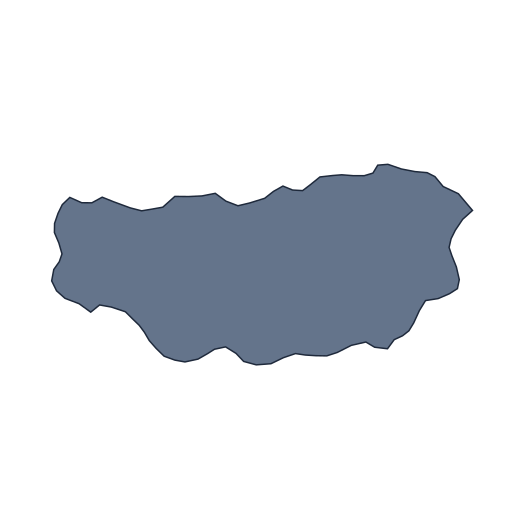 São Bento Abade, Minas Gerais, Brazil (orthographic projection), rotated 283°
{"feature_id": "56859067B95331954634045", "entity_name": "São Bento Abade", "entity_type": "district", "adm_level": 2, "iso_a3": "BRA", "parent_name": "Brazil", "parent_adm1": "Minas Gerais", "projection": "orthographic", "projection_center": [-45.073, -21.565], "detail": "fine", "context": "isolated", "style": "filled", "palette": "slate", "viewbox_px": 512, "rotation_deg": 283, "n_neighbors": 0, "source": "geoboundaries", "source_scale": "gbopen_adm2", "svg_char_len": 1307}
<svg xmlns="http://www.w3.org/2000/svg" viewBox="0 0 512 512"><g transform="rotate(283 256 256)"><path d="M137.7,189.0L136.3,200.4L136.8,210.6L142.5,222.7L150.0,230.8L155.8,236.5L160.6,246.8L156.6,258.5L150.5,267.7L150.0,280.7L154.4,294.8L163.1,305.6L169.8,316.4L170.6,326.3L172.3,336.6L174.6,347.4L180.3,356.9L190.4,369.0L196.9,382.4L193.8,392.1L195.2,405.0L205.6,409.5L211.2,416.7L217.5,421.8L226.2,424.7L239.7,427.5L250.7,431.2L255.5,443.1L262.8,453.0L269.5,459.6L278.7,459.4L290.4,453.7L300.5,446.7L307.8,442.2L316.7,442.2L325.9,444.4L338.2,449.1L349.1,456.7L362.2,439.2L365.8,422.7L373.6,412.5L375.7,404.0L374.0,391.8L373.5,378.0L375.0,363.9L371.9,354.2L363.1,351.3L358.6,343.4L356.1,332.4L354.4,321.2L351.7,312.7L347.4,300.5L337.3,292.6L330.2,286.7L328.5,276.8L330.2,266.5L322.9,258.5L314.2,251.5L306.2,237.8L300.9,227.1L302.7,214.3L307.9,202.2L302.4,189.9L298.8,177.1L295.8,163.5L282.6,154.2L278.2,143.9L274.3,134.4L274.6,122.6L276.8,105.2L278.7,92.9L270.9,84.1L268.7,74.2L271.2,61.4L262.5,55.7L253.0,53.5L242.4,52.4L233.5,54.3L224.3,61.0L214.4,66.5L206.1,65.6L197.4,62.0L185.8,62.5L177.2,69.5L171.8,79.4L169.7,94.4L164.1,107.6L173.1,114.6L173.7,126.5L172.3,141.3L166.7,150.3L162.2,157.8L156.6,164.4L149.6,171.0L143.5,179.5L137.7,189.0Z" fill="#64748b" stroke="#1e293b" stroke-width="1.5"/></g></svg>